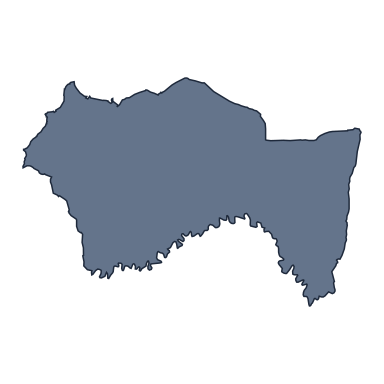 the district of Kicukiro, Kigali City, Rwanda
{"feature_id": "39286606B56607574087647", "entity_name": "Kicukiro", "entity_type": "district", "adm_level": 2, "iso_a3": "RWA", "parent_name": "Rwanda", "parent_adm1": "Kigali City", "projection": "albers", "projection_center": [30.116, -2.016], "detail": "fine", "context": "isolated", "style": "filled", "palette": "slate", "viewbox_px": 384, "rotation_deg": 0, "n_neighbors": 0, "source": "geoboundaries", "source_scale": "gbopen_adm2", "svg_char_len": 5950}
<svg xmlns="http://www.w3.org/2000/svg" viewBox="0 0 384 384"><path d="M91.8,274.9L92.9,274.3L95.6,270.6L97.7,269.1L99.0,269.3L100.8,270.0L101.2,270.7L101.1,273.4L99.5,276.8L100.0,277.7L101.5,277.9L104.9,276.3L106.5,272.4L107.5,273.8L107.8,278.2L108.7,278.5L110.6,275.2L112.7,272.7L113.2,271.6L113.7,267.3L114.2,266.3L115.1,266.0L118.0,266.8L118.6,266.6L118.8,265.4L118.2,263.6L118.5,263.1L120.9,263.2L122.1,264.3L121.7,268.4L122.3,270.3L123.0,270.6L123.6,270.0L124.7,266.4L125.4,265.9L126.8,265.9L128.2,266.3L129.9,267.9L131.1,268.4L132.8,264.3L133.6,263.8L134.4,264.1L135.4,266.2L135.3,269.0L136.6,269.1L138.2,267.3L138.8,266.9L139.5,267.1L139.9,268.1L139.2,270.1L140.1,271.0L140.8,270.5L141.9,268.7L146.0,266.1L146.4,263.6L147.5,261.4L148.1,261.0L148.5,261.1L149.0,263.1L147.9,266.3L148.0,268.8L149.4,270.1L150.2,269.8L151.3,269.4L151.9,267.9L150.4,265.5L151.0,263.9L159.7,263.0L161.3,262.6L161.6,262.2L161.0,261.2L157.5,259.6L156.6,257.9L157.2,253.1L157.8,251.8L158.3,251.5L160.2,252.7L162.5,253.2L163.6,254.3L164.6,257.4L165.6,257.6L166.5,256.8L167.4,254.0L169.6,252.0L169.3,250.6L167.8,249.6L167.5,249.0L170.4,247.6L172.9,242.8L174.5,241.5L175.9,241.8L176.7,244.2L177.3,248.0L177.8,248.3L179.0,247.0L182.1,245.5L182.4,244.3L178.3,241.2L177.7,239.9L178.7,239.4L179.6,239.6L182.9,241.5L184.0,240.6L184.0,238.7L181.6,235.6L181.8,234.2L182.3,233.8L183.2,233.8L184.6,235.4L185.8,236.0L186.6,235.9L188.2,234.9L189.9,231.9L190.4,231.5L191.2,232.2L191.7,235.8L192.1,236.5L194.0,236.0L197.2,233.7L198.2,233.5L198.9,233.8L200.2,236.3L200.8,236.0L202.6,233.8L204.2,231.0L204.9,230.5L207.2,230.4L207.9,229.8L208.3,229.1L208.2,227.1L208.6,225.9L210.1,224.5L212.8,225.2L215.4,227.6L216.9,227.6L218.7,226.7L219.4,225.6L219.8,223.9L219.4,220.4L219.5,218.1L220.2,218.1L223.9,220.1L226.0,220.3L226.8,219.3L226.8,215.9L227.5,215.7L228.5,217.1L229.2,221.0L230.1,222.3L231.4,223.3L233.2,223.6L234.2,223.3L234.9,222.6L234.7,217.3L235.1,216.7L236.2,216.5L237.9,216.8L244.6,219.0L244.9,218.5L244.0,216.3L244.2,215.0L244.9,213.8L246.5,213.5L247.3,214.1L249.7,217.8L250.4,220.0L250.2,225.0L250.7,226.0L255.9,227.3L257.1,226.5L256.6,222.9L257.2,222.1L257.6,221.9L260.8,223.1L262.0,227.2L264.7,228.0L264.0,229.6L264.2,231.6L264.7,232.0L266.1,231.5L268.8,231.3L271.6,234.3L272.4,237.3L273.0,238.2L274.1,238.7L276.0,238.7L276.4,239.2L277.2,241.0L275.8,244.7L276.5,245.6L278.1,246.5L278.6,248.5L278.6,252.2L279.2,254.9L280.1,256.5L282.1,257.6L283.7,259.0L283.7,259.7L283.1,260.2L279.9,260.8L278.8,261.5L278.3,262.9L279.1,264.6L282.3,268.5L281.7,271.3L282.1,272.1L284.1,273.2L286.1,273.6L286.7,273.3L289.7,269.5L291.7,266.2L292.6,265.3L293.3,265.2L294.1,266.6L293.8,268.5L292.6,271.2L292.8,274.1L294.2,274.8L297.4,274.8L297.7,275.3L295.7,278.8L295.8,280.2L296.6,282.1L298.1,282.2L302.5,280.1L303.6,280.0L303.8,280.7L302.1,283.6L301.9,284.7L302.7,285.2L306.7,284.1L307.1,284.9L306.3,287.6L304.2,290.4L303.5,292.3L303.2,294.8L303.9,296.4L306.5,296.5L307.2,297.0L308.0,298.6L308.9,304.4L309.4,305.9L309.9,306.0L310.8,305.3L311.6,303.6L312.4,303.0L314.4,298.6L315.0,298.4L316.6,299.6L317.6,299.7L318.5,298.8L319.2,296.2L321.3,296.9L323.2,297.0L325.0,295.9L328.6,291.9L332.3,293.6L334.0,292.8L335.0,291.1L335.0,289.7L334.3,287.5L333.6,283.1L333.8,282.1L334.4,281.6L331.8,271.7L335.8,265.8L336.5,263.4L337.7,262.7L337.5,261.5L336.5,260.1L336.9,259.6L338.6,258.9L340.0,259.2L342.0,255.4L344.3,248.9L345.2,242.9L346.3,240.5L346.4,239.2L346.0,237.5L346.6,234.6L346.3,230.9L347.3,225.0L347.0,224.3L347.1,222.9L345.9,221.0L346.7,219.5L347.0,216.0L348.5,212.1L349.1,208.9L349.1,198.9L348.3,192.3L349.2,188.9L348.7,184.4L349.8,181.3L349.6,179.1L350.0,177.1L352.2,173.4L353.8,167.6L355.3,165.9L355.9,163.7L357.3,151.5L360.1,139.4L359.9,134.8L361.0,132.5L360.6,131.3L359.8,130.8L359.3,129.1L354.8,128.2L353.0,129.7L347.7,130.2L347.6,130.8L332.5,131.5L329.3,132.0L324.8,133.5L320.4,135.6L318.2,137.3L316.3,139.8L314.0,140.5L308.9,140.5L305.4,139.9L302.1,140.2L300.6,139.9L290.1,140.6L283.3,140.3L270.7,140.7L266.5,140.2L265.6,139.8L265.6,128.8L265.2,123.6L263.4,120.5L260.4,116.4L260.6,114.3L256.6,110.9L254.2,110.3L252.4,109.3L249.1,108.6L247.0,107.2L245.9,107.2L241.2,105.8L238.3,104.5L234.9,103.7L229.5,101.2L213.7,91.6L204.4,82.9L202.0,82.9L195.4,80.9L189.2,79.5L187.7,78.3L186.4,78.0L184.8,78.1L176.1,82.5L172.0,85.0L164.4,91.3L162.5,92.2L161.8,93.0L160.9,92.3L160.4,93.0L158.4,94.2L158.1,95.0L154.4,93.3L150.5,92.1L147.4,90.2L145.9,89.9L145.4,90.6L139.7,92.4L134.6,94.4L129.4,97.7L126.3,98.0L124.4,99.4L122.4,99.9L119.5,104.8L116.9,106.9L117.9,105.1L113.2,101.5L112.8,100.8L112.7,98.5L111.9,98.9L111.4,100.0L112.1,102.5L110.8,103.4L107.9,101.4L108.0,101.0L106.1,100.5L103.4,100.3L103.1,100.5L90.8,98.0L89.7,96.3L87.8,98.9L85.7,97.9L86.7,96.5L84.5,96.3L80.0,93.0L76.3,88.2L74.6,85.2L74.1,81.7L70.8,82.4L69.5,83.5L69.7,83.9L67.9,84.4L66.8,85.5L65.8,86.8L64.6,89.8L64.4,89.6L63.8,95.4L64.2,96.4L64.0,101.1L60.3,107.4L55.7,110.2L56.0,111.2L54.4,112.3L54.2,112.4L53.5,111.3L52.2,111.8L47.6,112.3L46.6,113.7L45.9,113.7L45.9,114.0L45.2,114.3L46.2,116.1L46.3,116.7L46.7,116.5L47.3,117.3L46.9,118.7L46.8,121.3L47.1,121.5L46.5,122.9L46.7,123.6L46.3,123.6L45.4,126.1L43.1,128.4L41.0,131.8L37.7,134.3L36.8,136.4L36.4,136.3L35.8,137.2L33.1,139.0L30.8,141.6L29.7,144.7L27.5,147.5L26.5,148.4L26.2,148.3L24.6,149.2L23.6,149.3L23.6,150.2L25.5,151.7L26.4,154.8L26.2,156.1L24.7,158.5L25.1,159.4L24.2,161.7L24.4,163.7L23.0,166.3L23.1,167.8L26.9,165.8L29.5,165.8L31.0,166.2L33.2,167.6L34.0,168.5L38.5,170.8L39.3,172.8L40.8,173.9L42.2,174.3L43.9,174.3L44.6,173.9L45.6,174.7L51.6,177.0L50.5,179.3L50.5,182.0L51.6,184.9L53.3,193.2L57.2,195.0L58.6,196.5L59.2,195.7L59.9,196.0L65.0,199.4L66.7,200.9L69.2,209.7L68.6,211.4L68.9,211.4L68.9,212.8L71.1,215.6L76.1,219.0L76.6,219.9L76.6,226.4L78.1,230.9L80.6,232.7L81.3,232.5L82.6,234.3L82.1,242.4L83.4,247.8L83.5,255.4L82.9,255.6L82.9,256.3L84.0,261.8L83.8,265.9L87.4,269.7L91.9,270.7L91.5,272.7L91.8,274.9Z" fill="#64748b" stroke="#1e293b" stroke-width="1.5"/></svg>